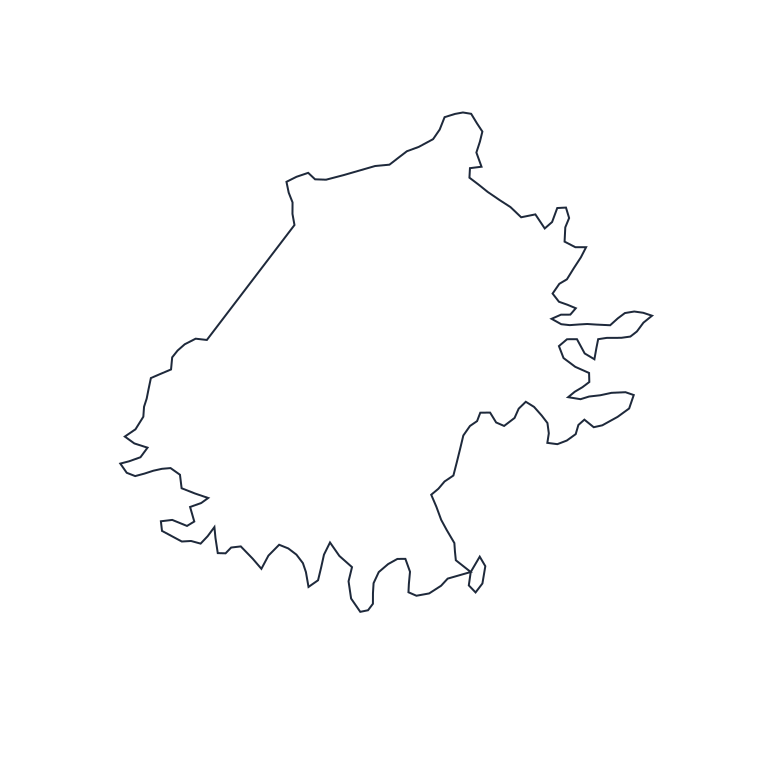 the district of Alegria, Rio Grande do Sul, Brazil, rotated 159°
{"feature_id": "56859067B68819599415533", "entity_name": "Alegria", "entity_type": "district", "adm_level": 2, "iso_a3": "BRA", "parent_name": "Brazil", "parent_adm1": "Rio Grande do Sul", "projection": "mercator", "projection_center": [-54.067, -27.808], "detail": "fine", "context": "isolated", "style": "outline", "palette": "slate", "viewbox_px": 768, "rotation_deg": 159, "n_neighbors": 0, "source": "geoboundaries", "source_scale": "gbopen_adm2", "svg_char_len": 2759}
<svg xmlns="http://www.w3.org/2000/svg" viewBox="0 0 768 768"><g transform="rotate(159 384 384)"><path d="M370.4,177.4L380.1,193.7L377.8,202.2L375.3,210.3L377.8,225.3L379.3,236.7L379.1,250.6L379.6,263.7L370.8,266.7L362.4,271.3L352.0,273.7L343.9,285.1L335.6,297.0L328.4,307.5L318.8,314.0L310.4,316.0L304.4,322.7L295.2,319.3L293.1,307.9L286.9,301.8L274.3,305.5L267.1,312.7L258.0,316.6L252.1,308.8L248.1,298.1L245.4,289.0L247.8,278.9L252.6,270.5L243.7,265.7L233.6,265.7L223.0,268.5L217.2,276.1L209.7,278.9L203.7,268.5L195.0,267.2L185.7,268.5L177.7,269.6L163.9,273.3L154.8,284.2L161.5,289.8L174.7,294.2L186.2,296.0L197.0,298.8L206.0,299.4L216.8,305.7L208.7,308.4L199.9,309.9L191.6,312.3L188.6,320.8L199.3,331.5L207.1,343.9L207.1,356.7L197.1,360.2L187.8,356.7L185.7,340.6L178.7,331.7L172.8,341.5L168.0,349.1L159.4,347.2L146.0,342.1L137.0,340.0L129.1,342.4L119.8,348.3L109.3,351.7L116.5,357.6L124.4,362.0L133.7,363.9L142.2,361.5L151.8,357.8L164.3,363.3L172.8,367.2L180.3,369.6L189.5,372.4L197.1,376.3L204.2,384.8L194.0,385.3L185.2,382.0L177.8,386.0L184.4,392.3L191.2,398.1L194.2,408.0L184.4,414.7L175.7,416.2L165.3,424.1L154.8,431.7L146.3,439.3L156.4,443.2L164.4,452.2L158.6,465.3L151.7,472.6L150.9,483.5L159.2,486.2L169.0,475.0L178.2,471.6L181.9,488.1L196.2,490.5L202.5,503.8L210.1,514.2L218.4,526.2L224.4,536.5L230.3,546.0L226.4,554.7L215.1,551.9L214.8,567.0L207.6,575.9L201.7,584.4L203.8,594.0L205.8,605.0L213.0,609.2L221.0,610.7L231.8,611.4L240.8,601.6L250.4,595.0L266.6,592.9L279.2,593.1L289.0,590.2L300.3,586.8L314.2,590.7L346.9,593.5L364.9,595.5L375.0,599.8L379.1,608.3L391.4,608.8L402.6,607.7L404.4,596.8L404.3,586.3L408.5,575.6L410.6,564.5L533.6,488.6L543.6,493.8L555.8,492.5L564.7,489.2L572.2,484.8L577.6,473.9L589.8,473.5L599.5,473.1L605.7,463.5L610.8,455.4L616.2,448.7L620.4,439.7L632.2,430.8L644.8,427.8L638.4,418.0L627.6,409.3L637.6,402.9L649.8,403.2L658.7,404.2L656.0,393.3L649.3,387.2L639.7,386.2L630.4,385.7L621.7,384.4L613.4,382.0L607.0,372.4L610.3,359.2L599.8,349.6L589.0,340.6L597.3,338.4L609.1,338.7L610.4,323.6L618.8,322.1L630.4,333.0L641.5,335.8L643.9,326.4L629.2,309.4L620.4,306.6L612.4,300.7L603.2,305.1L593.6,311.2L596.5,300.7L599.8,285.7L592.6,282.7L585.3,286.1L575.9,283.7L569.2,268.0L564.7,255.4L553.4,265.2L539.5,271.5L532.3,264.8L526.9,256.1L523.9,245.8L524.3,236.4L527.2,221.6L515.9,224.4L508.4,235.3L501.2,246.2L491.2,255.4L487.3,239.5L479.5,224.5L487.8,212.5L491.6,195.5L487.8,179.8L480.0,178.5L473.1,182.8L469.3,192.6L465.1,201.8L456.3,210.3L444.7,214.4L434.2,215.9L426.7,213.1L427.0,199.4L432.4,188.5L435.8,180.8L429.6,174.7L416.9,172.3L403.0,175.2L394.3,179.5L383.0,178.5L370.4,177.4ZM370.4,177.4L377.0,165.6L373.2,156.6L363.6,162.5L354.7,177.6L356.5,188.5L370.4,177.4Z" fill="none" stroke="#1e293b" stroke-width="2"/></g></svg>